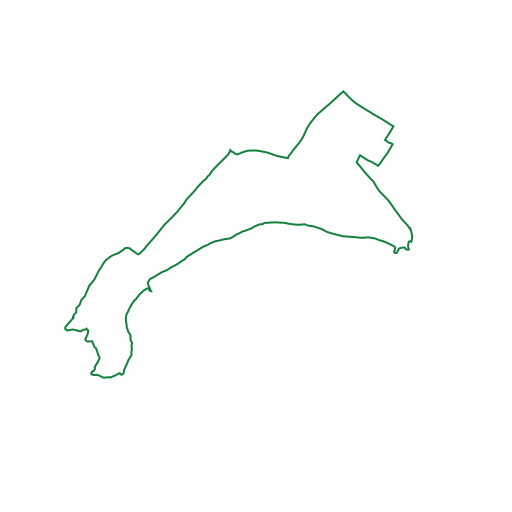 Pigeon Island, Gros Islet, Saint Lucia (Albers equal-area conic projection), rotated 301°
{"feature_id": "8701671B47246158509977", "entity_name": "Pigeon Island", "entity_type": "district", "adm_level": 2, "iso_a3": "LCA", "parent_name": "Saint Lucia", "parent_adm1": "Gros Islet", "projection": "albers", "projection_center": [-60.958, 14.089], "detail": "fine", "context": "isolated", "style": "outline", "palette": "green", "viewbox_px": 512, "rotation_deg": 301, "n_neighbors": 0, "source": "geoboundaries", "source_scale": "gbopen_adm2", "svg_char_len": 6127}
<svg xmlns="http://www.w3.org/2000/svg" viewBox="0 0 512 512"><g transform="rotate(301 256 256)"><path d="M442.1,246.1L436.1,244.2L422.7,240.3L421.7,239.7L419.1,238.9L408.9,235.7L406.3,235.2L404.0,234.9L398.2,234.1L395.4,234.0L392.5,234.0L391.6,233.9L390.4,234.0L387.5,234.5L386.4,234.5L384.6,234.8L382.6,234.9L380.2,235.1L377.6,235.0L376.1,234.8L375.1,234.8L372.9,234.4L371.3,234.1L370.2,234.0L365.5,233.3L361.5,233.0L358.9,232.6L357.8,232.6L356.7,233.1L356.3,233.1L353.7,225.7L352.4,221.8L350.6,212.8L349.9,210.7L348.6,207.1L347.0,203.0L346.1,201.0L345.1,199.6L343.5,197.0L342.8,195.7L342.3,195.2L341.4,194.1L340.2,193.0L338.4,191.4L333.5,187.7L332.9,185.9L333.2,183.4L333.0,181.5L333.5,179.4L332.6,179.6L331.6,179.9L330.7,179.9L329.9,179.9L329.7,179.9L328.9,179.8L327.7,179.7L327.0,179.5L325.4,179.0L324.0,178.8L322.6,178.4L321.1,178.1L320.0,177.8L318.6,177.4L317.1,177.0L316.2,176.8L315.0,176.4L313.9,176.2L312.1,175.8L310.2,175.4L309.1,175.1L308.2,175.0L306.9,174.6L305.4,174.4L304.3,174.5L303.0,174.4L301.3,174.3L299.8,173.7L298.9,173.5L297.0,173.6L295.2,172.9L293.6,172.3L292.5,172.0L291.4,171.8L290.3,171.6L289.2,171.3L288.0,171.0L286.7,170.8L284.3,170.3L282.4,170.1L280.7,169.8L280.3,169.8L272.7,168.2L270.5,167.7L268.9,167.4L266.3,167.3L264.2,167.3L258.7,166.5L256.9,166.2L254.5,165.9L251.9,165.4L248.7,164.7L246.8,164.3L243.8,163.5L242.1,163.1L240.4,162.7L239.1,162.3L235.4,161.4L233.6,161.2L231.1,160.7L228.5,160.5L225.0,160.0L222.4,159.7L220.3,159.2L218.5,159.0L218.1,158.9L215.9,158.5L213.8,158.1L212.6,157.9L210.9,157.5L208.1,157.1L206.8,157.0L205.3,156.8L202.2,156.1L198.4,155.1L197.5,154.6L196.7,154.2L196.7,152.0L196.8,150.4L197.1,149.3L197.0,147.1L197.1,146.0L197.3,145.4L197.6,144.1L197.4,143.6L197.1,142.6L196.5,141.3L196.1,140.6L195.3,139.8L194.5,139.6L190.6,138.0L187.4,136.5L186.7,135.8L183.2,133.1L182.3,132.5L180.1,131.4L176.8,130.1L173.9,129.2L171.9,129.1L169.1,129.0L167.5,129.1L164.0,129.0L163.6,128.8L161.6,128.9L152.8,129.6L144.6,128.4L133.5,130.0L128.4,128.9L123.6,130.0L119.0,128.9L115.0,130.9L111.6,130.2L111.1,130.2L110.4,130.4L109.4,130.4L109.2,131.4L104.9,130.6L97.0,129.1L95.1,130.2L95.1,132.9L97.0,134.9L98.6,136.8L99.7,139.9L100.0,140.2L100.0,141.5L101.1,144.6L103.5,145.7L105.7,148.2L106.3,148.2L105.7,150.4L105.2,151.0L103.0,151.8L99.4,152.3L96.6,152.6L95.8,154.0L95.8,155.4L98.5,159.5L94.7,164.5L94.4,166.7L90.0,171.7L88.3,174.4L84.4,175.0L77.6,174.9L77.0,175.8L74.5,176.3L73.2,175.2L70.4,175.2L69.9,176.8L70.9,179.1L72.3,181.0L72.8,183.5L73.1,187.4L73.1,187.9L76.4,192.4L76.9,194.0L78.6,194.9L81.0,196.8L85.2,199.3L85.4,199.9L84.9,201.0L85.1,202.1L86.5,202.7L88.2,202.7L90.1,201.6L97.8,200.8L101.1,200.2L107.2,200.3L109.6,198.6L112.4,197.5L115.4,195.3L117.4,194.8L119.6,191.5L123.4,189.3L124.0,188.2L125.1,185.7L127.0,183.7L128.1,182.1L130.9,180.2L131.7,179.3L133.1,178.2L135.0,176.9L136.1,176.3L138.6,175.2L140.8,174.9L142.8,175.0L143.0,174.9L143.8,174.7L144.4,174.7L147.2,174.4L153.2,174.4L155.5,174.8L157.5,175.4L158.8,175.4L160.5,175.7L161.5,175.9L162.6,175.9L163.6,176.1L164.4,176.3L165.6,176.7L166.5,177.0L167.5,177.2L168.2,177.4L170.0,178.2L170.4,178.6L171.3,178.9L171.9,179.3L172.4,179.7L172.6,180.1L172.6,180.7L172.2,181.6L171.8,182.3L171.5,183.2L171.6,183.9L171.8,184.2L172.0,183.7L172.3,183.3L173.2,182.2L176.0,178.2L176.6,177.6L177.3,177.1L178.7,177.0L179.5,176.9L180.3,176.9L180.8,177.0L181.4,177.1L182.0,177.4L182.7,177.5L183.4,178.2L185.2,179.2L186.7,180.1L188.1,180.7L189.3,181.3L191.6,182.6L193.0,183.2L194.1,184.0L195.1,184.7L196.3,185.6L197.2,186.3L198.3,187.1L199.4,187.7L200.3,188.0L201.5,188.5L203.2,189.6L204.1,190.1L208.1,192.5L209.6,193.2L211.0,193.8L212.4,194.4L213.8,195.2L215.6,196.1L216.3,196.6L217.8,196.7L218.9,196.9L219.7,197.1L222.7,198.7L224.1,199.5L225.8,200.1L226.9,200.9L228.0,201.3L229.6,202.3L231.1,203.0L232.6,203.8L235.9,205.5L237.0,206.1L238.5,207.2L239.8,208.2L241.1,209.2L242.4,209.8L244.3,210.9L245.4,211.9L246.8,212.8L248.3,214.2L249.5,215.6L251.5,217.7L252.7,218.7L255.2,221.6L255.9,222.5L256.6,223.3L257.3,224.3L259.7,226.0L261.1,226.7L263.5,227.8L265.1,228.6L266.6,229.9L269.3,231.4L270.7,232.3L272.3,234.0L273.9,235.1L274.9,235.9L276.7,237.4L278.3,238.4L279.2,238.8L281.1,239.9L282.1,240.6L283.2,241.5L284.4,242.3L285.3,243.2L285.9,244.1L286.6,245.3L288.4,245.9L289.3,246.9L290.1,248.4L291.2,250.0L292.3,251.3L293.3,253.0L295.2,255.9L296.3,258.1L297.2,259.9L298.4,261.9L299.2,263.6L300.0,266.0L300.9,268.4L302.1,271.1L303.0,273.1L304.1,275.3L304.8,276.6L305.9,278.1L306.9,279.7L307.7,280.4L308.4,281.7L308.8,284.4L309.2,285.6L309.6,286.7L310.7,289.3L311.5,291.4L311.6,292.8L312.7,297.2L313.0,299.5L313.1,301.3L313.1,303.1L313.3,305.1L314.7,310.4L316.0,314.9L316.8,317.2L317.0,318.1L317.2,318.8L318.0,321.0L319.5,323.9L320.5,326.0L321.6,328.0L322.5,329.7L323.2,331.1L324.5,334.2L325.3,335.7L326.4,337.8L327.6,339.6L328.9,341.3L329.9,342.9L330.7,344.8L331.5,346.6L332.4,349.1L332.8,351.7L333.1,353.8L333.7,355.4L334.2,357.6L334.9,362.2L335.1,364.9L335.2,366.5L335.4,369.0L335.4,370.0L335.2,370.4L334.9,370.9L334.4,371.3L333.6,371.4L332.5,371.9L331.4,372.0L330.6,372.2L330.4,372.8L330.4,373.4L330.4,374.0L330.8,374.8L331.6,375.1L334.3,374.9L335.3,374.7L336.1,374.9L336.7,375.2L337.6,376.1L338.4,377.1L339.4,378.1L339.6,378.7L339.7,379.3L339.2,380.4L339.0,381.2L339.0,381.9L339.6,382.9L340.1,383.6L340.6,383.6L341.0,382.9L342.7,381.4L344.8,380.3L346.4,379.7L347.1,379.7L347.8,380.2L348.1,381.2L348.1,381.7L350.3,381.2L352.5,380.2L354.4,378.9L357.7,375.7L358.0,375.1L358.1,374.8L359.2,374.0L358.7,373.7L359.5,372.1L360.9,368.4L361.9,364.5L363.1,360.9L364.9,357.0L366.8,352.1L370.7,343.6L371.9,340.5L373.2,335.9L374.3,331.5L375.5,327.4L377.1,324.2L379.5,319.8L380.6,317.4L381.2,314.7L383.8,306.3L385.5,301.6L386.8,297.9L388.1,294.1L388.8,293.9L395.9,293.3L395.6,303.0L396.2,306.3L396.2,314.2L400.2,314.8L406.2,315.1L412.2,315.7L422.2,315.6L422.2,313.3L421.6,312.4L421.6,310.7L421.9,306.8L430.8,307.1L437.9,307.0L438.0,299.5L438.2,296.2L438.2,292.5L438.1,291.2L438.0,281.7L438.1,281.4L438.1,276.2L438.1,270.3L438.4,262.6L438.9,259.3L439.6,255.8L440.2,253.2L441.1,250.0L442.1,246.1Z" fill="none" stroke="#15803d" stroke-width="2"/></g></svg>